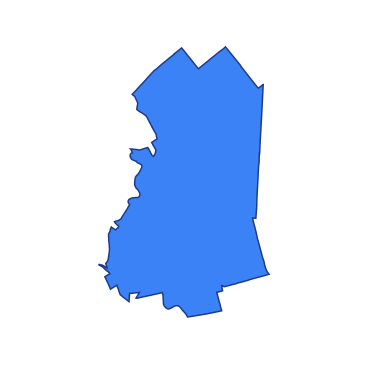 outline of Nuci, Ilfov, Romania, rotated 45°
{"feature_id": "2599482B37933054292549", "entity_name": "Nuci", "entity_type": "district", "adm_level": 2, "iso_a3": "ROU", "parent_name": "Romania", "parent_adm1": "Ilfov", "projection": "orthographic", "projection_center": [26.307, 44.722], "detail": "fine", "context": "isolated", "style": "filled", "palette": "blue", "viewbox_px": 384, "rotation_deg": 45, "n_neighbors": 0, "source": "geoboundaries", "source_scale": "gbopen_adm2", "svg_char_len": 5820}
<svg xmlns="http://www.w3.org/2000/svg" viewBox="0 0 384 384"><g transform="rotate(45 192 192)"><path d="M304.5,195.8L304.6,195.7L302.1,195.3L301.5,195.2L301.0,195.0L299.4,194.5L299.2,194.4L297.5,193.6L294.8,192.1L293.9,191.5L291.9,190.2L290.0,189.2L288.9,188.8L287.8,188.1L286.4,187.4L283.8,185.8L282.2,184.9L274.9,180.7L273.9,180.1L272.6,179.4L271.9,179.1L271.3,178.7L270.8,178.4L270.6,178.3L270.5,178.2L269.7,177.7L266.7,175.7L266.1,175.4L265.0,174.6L264.3,174.3L261.1,172.3L258.7,171.0L255.2,168.8L253.3,167.6L253.7,167.2L254.4,166.5L255.7,165.4L247.7,156.1L243.7,152.0L240.4,148.4L239.2,147.1L230.7,137.6L223.0,129.1L220.1,125.8L219.7,125.1L219.4,124.8L218.7,123.9L216.6,121.6L216.2,121.3L213.6,118.4L212.1,116.8L212.4,116.7L212.1,116.4L206.5,110.3L206.3,110.1L199.9,102.9L184.9,86.2L176.7,77.1L172.1,72.0L169.2,68.8L166.4,65.7L166.2,66.0L166.1,66.7L166.1,67.3L166.0,68.1L165.6,71.4L165.4,71.6L165.1,71.7L164.0,71.7L162.2,71.4L159.8,71.2L158.2,71.0L150.4,70.1L137.2,68.5L137.0,68.2L130.1,67.5L113.0,65.7L112.9,68.4L112.8,69.4L112.6,70.7L112.5,71.2L112.5,71.7L112.4,72.4L112.3,72.9L112.2,73.0L110.1,93.3L110.1,93.8L110.0,94.1L109.4,100.3L109.1,100.3L108.7,100.3L98.9,99.2L97.1,99.0L96.4,98.9L96.2,98.9L95.9,98.9L94.3,98.7L94.1,98.7L93.9,98.7L93.3,98.6L92.4,98.5L92.2,98.5L91.1,98.4L90.8,98.3L87.3,97.9L86.1,97.8L82.8,97.5L81.7,107.4L81.9,107.7L81.0,115.7L80.9,117.0L80.4,121.7L80.4,121.9L80.4,122.1L80.3,122.4L79.8,131.0L79.7,131.0L79.4,132.6L79.5,137.1L79.6,138.6L79.6,139.3L79.7,140.8L79.8,143.2L80.0,145.5L80.0,146.6L80.1,147.6L80.1,148.8L80.2,151.4L80.2,153.7L80.3,155.5L80.4,157.1L80.6,161.4L80.6,163.3L80.7,165.1L80.7,165.3L81.2,165.3L82.6,165.1L83.6,165.0L84.1,165.0L84.6,165.1L85.8,165.6L86.4,165.9L86.9,166.1L88.4,166.5L90.0,167.2L90.4,167.4L91.2,168.0L91.9,169.0L92.5,169.9L92.9,170.5L93.4,171.2L94.6,172.7L97.2,172.4L101.0,171.4L105.6,170.6L105.8,170.7L107.4,171.0L109.4,171.7L111.8,172.4L112.2,172.5L113.0,172.8L113.7,173.0L115.1,173.4L115.7,173.7L117.0,174.0L118.1,174.4L119.4,174.8L120.9,175.2L122.2,175.6L126.3,176.8L127.2,177.6L128.4,178.3L129.8,179.1L128.4,185.5L131.0,186.2L131.0,186.3L134.1,187.1L137.0,187.9L137.0,188.0L138.1,189.8L139.0,191.2L139.6,194.0L139.1,194.2L138.6,194.3L138.1,194.4L135.6,193.7L133.2,192.9L130.3,192.0L130.2,192.3L129.1,192.0L125.2,199.5L123.5,200.6L118.3,204.8L118.1,205.0L118.4,205.0L119.2,205.3L119.8,205.4L120.3,205.6L120.6,205.7L121.1,205.9L122.1,206.4L121.8,206.7L121.6,207.5L121.6,208.1L121.7,208.8L122.3,209.8L122.9,210.4L123.7,210.8L124.1,211.1L124.6,211.1L125.1,211.4L125.7,211.5L126.5,211.5L128.0,211.0L129.7,210.3L130.1,210.1L130.5,209.7L131.0,209.9L131.8,209.9L132.3,209.9L133.1,209.8L134.6,209.2L135.5,208.9L136.6,208.6L137.4,208.6L138.3,209.2L139.2,210.5L139.5,211.4L140.4,213.9L141.2,217.2L141.2,218.3L141.2,220.0L141.5,221.3L142.3,222.8L143.6,224.4L144.9,226.0L146.5,227.4L147.2,227.9L147.8,228.1L148.6,228.4L149.4,228.7L152.3,228.7L154.1,229.2L155.7,229.7L156.7,230.4L157.3,231.0L157.8,232.3L157.9,232.9L157.7,234.0L157.0,234.9L155.9,235.9L154.6,237.6L153.8,238.6L152.9,240.9L152.7,242.1L153.0,243.0L153.3,243.7L153.7,244.0L154.3,244.4L155.2,244.8L157.0,245.1L157.2,246.6L157.4,247.6L157.7,248.4L158.1,249.7L158.7,252.5L159.9,257.9L160.8,261.6L160.5,262.6L160.0,264.6L159.3,265.6L158.3,267.7L158.2,267.8L159.1,268.1L160.3,268.2L161.5,268.2L162.4,268.2L163.5,268.0L164.2,267.9L164.8,268.9L164.8,272.4L164.7,272.7L164.6,272.9L163.4,273.1L161.8,273.5L161.0,273.6L160.5,273.7L159.7,273.8L160.1,274.7L160.7,276.2L161.0,276.7L161.4,277.0L161.5,277.0L161.6,277.4L161.9,277.8L162.0,278.1L162.1,278.7L162.4,279.7L162.6,280.2L162.9,280.9L163.3,281.3L163.7,281.7L163.9,281.8L164.3,282.3L165.3,283.1L165.9,283.6L166.9,284.7L167.4,285.1L168.0,285.7L169.2,286.5L171.2,288.2L173.0,289.8L174.7,291.4L175.4,292.3L176.1,293.1L177.1,294.5L177.9,295.5L179.6,297.9L179.9,298.3L180.3,298.8L180.6,299.4L180.8,299.8L181.1,300.5L181.3,301.1L181.4,301.5L181.4,302.5L181.4,303.1L181.5,303.4L181.7,303.7L182.1,303.8L182.4,304.0L182.9,304.3L183.4,304.6L183.8,304.9L184.1,304.9L184.2,305.0L184.4,305.1L184.6,305.3L184.9,305.4L185.2,305.5L185.4,305.7L185.7,305.8L185.2,306.0L184.5,306.2L183.7,306.4L182.8,306.5L182.2,306.6L181.9,306.6L180.1,307.2L179.7,307.5L179.3,307.8L178.8,308.2L178.3,308.4L178.0,308.6L177.6,308.8L177.7,309.1L177.7,309.3L178.4,309.2L180.3,308.6L181.9,308.2L182.7,308.1L183.3,308.1L184.2,308.2L186.6,308.1L187.4,308.0L188.4,307.9L189.2,307.7L190.2,307.6L190.5,307.6L191.2,307.8L191.7,307.9L191.7,308.2L191.4,308.2L191.4,308.7L191.3,309.2L190.8,311.5L190.3,313.6L190.5,313.7L192.2,314.2L193.8,314.8L196.1,315.6L197.1,315.9L198.5,316.5L199.5,316.9L201.0,317.5L202.2,318.0L203.1,318.4L203.2,317.8L203.6,316.2L204.0,314.4L204.4,312.5L204.7,311.0L205.8,311.6L206.9,312.1L207.7,312.4L208.3,312.7L209.0,313.0L210.3,313.7L211.5,314.3L213.0,315.0L213.7,315.3L214.0,315.4L214.3,315.3L215.2,315.2L216.5,315.1L217.5,315.1L219.0,314.8L220.7,314.6L222.6,314.4L223.8,314.2L225.0,314.1L219.6,307.9L225.5,300.7L225.8,300.2L226.9,304.4L227.4,306.6L228.6,305.8L229.3,304.3L234.3,296.5L235.4,294.9L237.2,292.0L241.7,284.9L242.2,284.0L244.5,285.5L251.3,291.6L253.4,292.3L255.9,292.3L257.5,291.8L258.4,291.0L259.1,289.3L259.9,286.6L260.2,285.4L261.1,283.6L262.1,282.7L263.2,282.1L264.9,281.8L266.9,282.1L269.0,282.4L271.4,282.4L273.5,282.6L275.2,282.9L277.3,283.5L282.8,275.9L288.3,268.2L292.9,261.3L294.0,259.6L297.0,255.0L291.1,251.6L280.5,245.5L283.5,240.2L282.6,239.7L281.9,239.2L279.2,237.2L279.7,236.7L281.2,236.4L281.5,236.3L281.7,236.2L281.9,236.0L283.1,233.9L284.3,232.0L285.7,229.5L288.1,225.5L288.2,225.3L288.4,224.6L288.6,224.3L289.0,223.5L289.7,222.3L290.4,221.4L292.8,216.9L293.7,215.4L294.4,214.0L294.7,213.3L296.4,210.2L296.5,210.0L298.5,206.6L298.7,206.2L300.8,202.6L302.0,200.5L303.6,197.5L304.5,195.8Z" fill="#3b82f6" stroke="#1e3a8a" stroke-width="1.5"/></g></svg>